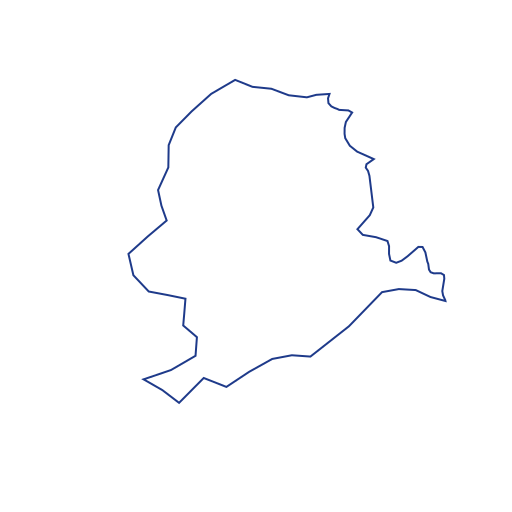 the border of Kürdəmir, rotated 231°
{"feature_id": "AZE-1706", "entity_name": "Kürdəmir", "entity_type": "District", "adm_level": 1, "iso_a3": "AZE", "parent_name": "Azerbaijan", "parent_adm1": "", "projection": "equal_earth", "projection_center": [48.132, 40.282], "detail": "fine", "context": "isolated", "style": "outline", "palette": "blue", "viewbox_px": 512, "rotation_deg": 231, "n_neighbors": 0, "source": "natural_earth", "source_scale": "10m", "svg_char_len": 1208}
<svg xmlns="http://www.w3.org/2000/svg" viewBox="0 0 512 512"><g transform="rotate(231 256 256)"><path d="M397.1,257.9L406.4,274.6L408.9,297.0L410.2,323.2L406.0,350.6L389.7,359.7L376.3,373.2L360.3,382.6L347.3,395.4L343.3,404.3L335.7,415.1L333.2,411.2L329.2,408.5L324.9,408.7L321.6,410.2L319.0,411.8L317.2,412.6L311.0,419.4L307.0,421.0L303.6,410.2L299.8,405.5L295.2,401.7L291.4,399.5L282.6,398.3L273.4,400.3L257.2,408.5L257.8,399.6L255.6,396.9L251.6,396.6L246.9,394.6L219.9,377.7L216.1,370.1L213.0,351.7L205.2,352.3L195.1,361.1L184.9,367.6L179.9,365.6L173.9,360.7L167.9,357.6L162.5,360.7L160.7,366.2L160.4,373.6L160.9,387.9L158.2,391.1L152.2,389.9L143.8,385.6L141.5,384.9L136.6,381.9L133.5,381.5L130.7,383.2L126.2,388.9L122.9,390.1L119.8,388.0L111.5,378.7L107.7,376.6L102.6,375.3L101.8,374.9L114.3,365.8L129.0,358.7L140.4,346.2L148.6,331.2L142.9,284.0L143.6,235.0L156.3,221.4L165.8,203.8L170.3,177.8L172.9,150.6L194.1,138.6L190.3,103.8L210.8,98.8L230.9,91.0L220.9,118.1L216.5,146.2L230.1,159.0L247.8,155.7L256.3,163.9L267.2,174.3L281.2,162.8L295.9,150.3L318.2,148.6L337.9,158.2L339.3,184.3L339.8,208.9L354.7,214.2L368.9,221.4L380.0,243.6L397.1,257.9Z" fill="none" stroke="#1e3a8a" stroke-width="2"/></g></svg>